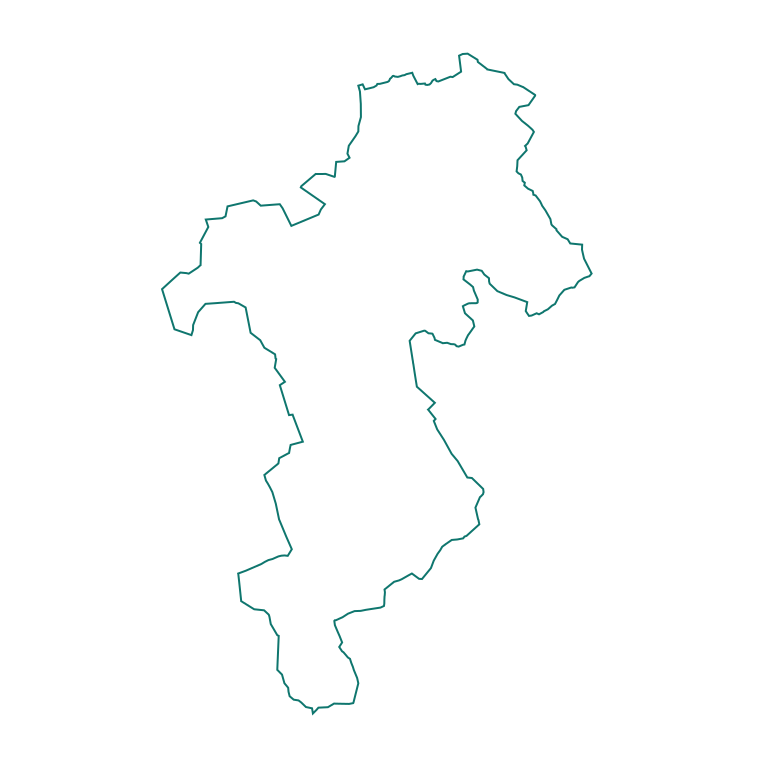 the district of Katagum, Bauchi, Nigeria, rotated 266°
{"feature_id": "59680162B44758551949173", "entity_name": "Katagum", "entity_type": "district", "adm_level": 2, "iso_a3": "NGA", "parent_name": "Nigeria", "parent_adm1": "Bauchi", "projection": "orthographic", "projection_center": [10.335, 11.656], "detail": "fine", "context": "isolated", "style": "outline", "palette": "teal", "viewbox_px": 768, "rotation_deg": 266, "n_neighbors": 0, "source": "geoboundaries", "source_scale": "gbopen_adm2", "svg_char_len": 4909}
<svg xmlns="http://www.w3.org/2000/svg" viewBox="0 0 768 768"><g transform="rotate(266 384 384)"><path d="M643.1,376.5L637.7,376.0L633.3,372.9L624.1,365.5L616.3,363.6L612.1,365.4L608.9,360.1L608.9,351.8L594.3,349.4L594.1,349.0L597.6,340.6L598.2,331.0L598.3,330.5L587.1,315.3L585.9,314.7L567.5,337.6L562.5,333.2L557.6,330.6L548.2,302.6L566.4,295.1L570.6,292.6L570.6,288.7L570.5,273.5L575.0,269.2L576.3,266.3L572.1,240.3L562.3,237.6L560.7,234.1L560.5,217.7L552.9,219.7L537.7,210.2L536.4,211.4L515.3,209.3L515.1,208.9L513.0,206.3L507.7,196.9L508.4,194.6L509.4,188.6L502.6,179.9L494.1,169.2L453.2,178.8L446.2,195.3L451.1,197.2L456.1,197.7L468.6,203.6L476.4,211.5L476.4,221.7L476.5,240.1L475.2,242.0L474.7,244.3L470.0,251.3L444.4,254.5L436.3,263.6L432.8,265.2L428.5,267.2L426.0,270.7L421.2,277.4L417.0,277.6L416.4,278.2L407.8,276.1L393.1,285.3L390.9,281.4L390.1,280.0L359.6,287.1L359.7,288.8L359.8,290.7L359.0,290.9L332.1,299.0L329.9,287.5L329.7,286.6L326.6,285.7L321.8,284.5L321.1,282.8L317.3,274.3L312.1,273.1L301.6,258.3L295.9,259.5L292.9,261.1L289.1,262.9L283.9,265.1L278.0,266.4L272.2,267.7L256.1,269.9L255.4,270.2L238.4,275.9L225.6,280.5L219.3,276.0L219.9,272.9L219.9,269.7L219.4,266.7L218.3,263.6L217.2,260.6L216.4,256.4L214.9,252.8L213.0,249.1L207.4,233.2L205.1,225.3L204.5,225.4L197.3,225.7L177.3,226.4L168.4,238.7L168.3,239.0L166.6,248.6L162.0,252.9L161.1,253.2L159.6,253.5L152.4,254.3L140.9,260.0L140.1,261.4L106.3,257.6L101.2,262.0L92.4,263.8L87.7,267.2L83.6,267.3L79.1,268.1L75.4,271.9L74.3,276.7L72.1,279.2L67.2,283.6L65.5,289.6L60.3,290.1L63.5,293.8L65.7,296.0L65.5,305.5L68.7,311.9L68.5,313.4L67.4,325.7L67.3,326.9L67.8,331.0L68.3,331.3L87.2,337.5L92.6,336.7L100.7,334.0L104.1,333.2L105.6,332.7L108.1,331.9L112.2,330.9L113.8,328.8L114.0,328.7L119.2,324.9L120.3,323.5L124.8,321.0L129.1,324.2L135.7,322.1L140.1,320.5L146.8,318.2L151.1,317.9L151.7,318.4L151.7,319.5L154.3,326.5L157.4,332.1L159.5,338.8L159.3,344.9L160.0,350.3L160.4,355.1L161.2,364.9L162.6,368.5L165.0,369.0L168.6,369.3L172.0,369.7L173.3,370.0L176.2,370.4L179.0,370.2L186.0,380.3L187.0,385.2L188.0,388.0L191.5,395.3L193.0,398.6L187.2,405.4L186.8,408.3L197.1,418.0L204.3,421.3L211.0,425.7L214.3,428.5L217.6,430.7L220.1,434.6L223.7,440.7L223.8,446.3L224.5,452.2L226.2,453.7L226.7,455.7L231.2,461.4L237.4,469.3L241.9,468.7L242.5,468.4L254.3,466.6L263.8,471.5L264.4,471.8L265.3,473.0L267.2,475.1L269.1,475.7L269.2,475.8L272.4,475.6L284.1,465.1L284.9,460.6L302.0,452.1L309.6,446.6L324.1,439.9L335.0,433.9L343.7,431.1L345.5,433.0L355.4,426.2L355.5,426.4L361.7,433.4L379.0,416.6L387.9,415.8L395.0,415.2L401.4,414.7L402.9,414.5L404.8,414.4L406.6,414.2L409.1,414.0L425.3,412.6L432.3,419.1L434.4,427.8L434.2,428.8L431.5,431.9L430.9,435.6L430.7,435.9L426.5,437.6L424.5,437.9L420.9,445.0L420.6,445.4L420.7,449.9L419.1,453.6L418.8,456.5L418.2,457.9L416.7,459.0L416.1,461.1L417.6,465.5L417.8,467.0L421.6,468.3L423.5,469.3L426.8,471.2L428.3,472.5L431.7,475.3L433.1,476.4L435.1,478.1L437.6,477.7L441.2,477.1L448.2,470.4L449.0,469.7L456.1,468.1L456.7,469.3L458.3,473.3L458.6,474.7L458.2,481.6L458.5,482.8L458.8,483.1L461.7,483.4L470.9,480.2L474.5,479.6L477.2,476.9L480.5,473.2L482.8,470.6L484.9,470.9L485.5,470.9L490.8,473.9L490.4,475.4L491.6,484.8L490.1,489.4L486.2,491.7L482.2,496.1L479.0,496.0L476.7,496.4L468.7,503.6L464.2,512.5L461.3,520.2L455.7,532.6L446.9,530.5L445.2,531.4L441.8,533.4L442.0,536.0L443.9,541.2L442.7,543.5L444.7,547.9L445.4,548.6L447.1,552.7L450.4,557.0L451.9,560.2L455.8,562.6L460.1,565.1L465.4,570.5L467.2,577.6L466.9,578.5L467.1,580.8L472.1,584.6L473.2,586.0L475.9,591.3L477.2,596.2L477.2,596.4L479.7,598.8L495.1,592.3L501.4,591.3L504.2,590.9L509.2,591.4L511.2,579.6L515.6,577.3L518.4,572.0L525.2,566.8L526.4,566.8L530.6,562.7L531.7,562.1L536.9,561.5L546.0,557.1L550.8,554.2L552.7,553.5L555.4,552.4L561.5,548.4L562.4,546.2L563.9,546.2L566.2,545.8L568.8,541.3L570.4,539.7L572.3,537.8L575.0,538.5L576.9,536.4L580.3,536.3L583.4,535.2L584.8,532.8L586.8,531.1L592.0,532.1L597.9,532.8L607.2,542.6L610.9,541.8L611.6,541.3L613.9,544.1L625.0,551.1L627.2,549.9L631.6,545.7L636.8,540.0L644.4,533.9L647.0,534.8L651.0,538.3L652.1,547.6L661.1,554.9L661.8,554.9L670.6,543.4L670.6,543.2L673.3,537.9L674.0,534.5L679.5,529.4L685.6,525.9L685.9,525.9L690.6,509.0L690.8,509.0L698.7,500.1L700.9,499.9L707.7,490.5L707.7,486.2L707.7,485.5L706.3,481.8L690.2,482.7L685.4,473.9L685.9,471.7L682.0,459.3L682.5,457.5L684.6,456.5L684.1,455.1L683.3,453.6L680.9,451.9L679.6,450.3L679.3,448.0L679.7,446.2L680.9,445.8L680.8,441.5L681.1,439.4L680.8,438.5L689.6,434.7L692.5,433.9L691.5,427.9L690.7,426.1L690.6,425.1L690.5,423.8L689.9,421.8L689.4,419.2L689.6,418.2L690.0,416.2L690.7,415.1L690.6,414.2L688.8,412.4L688.1,411.3L687.2,410.9L685.9,410.1L685.1,408.7L683.7,400.8L683.8,398.3L682.3,397.4L680.8,394.4L680.0,390.0L679.3,385.6L684.4,383.6L683.4,379.2L677.5,380.4L665.1,380.4L651.9,379.6L643.1,376.5Z" fill="none" stroke="#0f766e" stroke-width="2"/></g></svg>